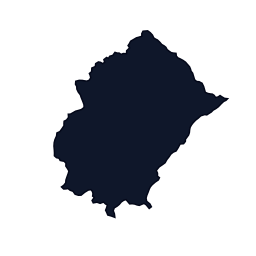 São Tomé das Letras, Minas Gerais, Brazil (Natural Earth projection), rotated 42°
{"feature_id": "56859067B94520469666233", "entity_name": "São Tomé das Letras", "entity_type": "district", "adm_level": 2, "iso_a3": "BRA", "parent_name": "Brazil", "parent_adm1": "Minas Gerais", "projection": "natural_earth1", "projection_center": [-44.96, -21.74], "detail": "fine", "context": "isolated", "style": "filled", "palette": "ink", "viewbox_px": 256, "rotation_deg": 42, "n_neighbors": 0, "source": "geoboundaries", "source_scale": "gbopen_adm2", "svg_char_len": 2696}
<svg xmlns="http://www.w3.org/2000/svg" viewBox="0 0 256 256"><g transform="rotate(42 128 128)"><path d="M178.0,203.2L175.2,200.8L172.4,199.4L171.2,196.6L172.2,193.4L172.6,190.6L172.5,187.4L173.2,184.5L174.5,182.5L177.4,182.9L180.0,183.3L181.7,181.5L183.9,180.0L186.2,179.1L188.2,177.9L189.4,175.2L190.4,173.3L193.0,172.9L194.9,173.2L197.6,173.6L198.1,170.9L195.1,169.8L190.9,170.0L188.3,168.0L187.0,165.4L185.8,162.1L184.6,159.1L184.0,156.9L183.9,154.0L184.4,149.9L185.3,146.3L184.6,143.9L182.2,144.1L180.1,141.8L177.4,140.6L177.2,135.9L178.1,132.4L178.8,129.0L178.0,125.5L177.8,122.2L177.3,118.8L177.8,115.6L179.1,112.9L178.4,108.9L177.4,105.0L179.8,102.5L179.6,99.6L178.2,97.9L178.0,95.6L177.7,92.7L176.7,90.4L175.0,88.1L173.7,85.9L173.1,83.1L172.9,80.6L173.0,76.9L173.6,73.7L173.9,70.3L176.0,66.7L177.8,65.5L178.4,63.1L179.2,60.4L179.3,57.7L180.2,55.1L180.9,51.8L181.0,47.9L181.3,44.2L182.3,41.9L182.4,39.6L179.9,41.4L176.9,42.0L174.7,42.3L174.2,44.6L172.7,46.7L170.2,46.1L168.0,46.4L166.4,47.6L164.2,48.9L161.6,49.8L158.9,48.1L156.5,46.6L153.1,45.2L149.9,46.0L147.9,47.5L145.2,47.6L142.1,45.7L139.3,44.0L136.9,43.6L135.0,42.4L132.9,41.4L130.9,41.1L129.0,40.9L126.7,40.6L123.5,41.0L120.3,41.8L118.2,42.5L115.8,42.2L113.7,40.4L111.7,41.9L109.7,43.1L107.2,43.4L104.6,43.6L102.2,42.7L99.8,42.8L97.2,43.4L94.3,43.0L90.9,42.9L88.9,43.5L86.8,43.8L84.0,42.6L80.8,42.3L77.6,42.6L74.4,46.0L75.1,48.6L76.9,50.6L75.2,53.4L73.9,55.4L73.0,58.3L71.9,61.7L72.6,64.4L72.9,66.7L75.6,67.4L75.3,71.5L77.2,73.7L74.6,75.9L73.6,78.0L71.4,78.2L69.8,79.6L67.7,80.5L68.1,84.2L66.4,86.9L66.9,89.4L64.9,89.9L64.3,93.3L66.7,94.8L66.1,97.1L63.6,97.6L61.8,98.7L60.9,101.8L62.6,104.2L61.0,107.6L63.3,110.5L62.8,113.3L64.7,114.2L66.7,115.6L67.2,118.5L66.1,120.7L63.9,122.2L62.1,123.3L59.8,125.3L57.9,128.2L59.7,130.6L62.1,131.4L64.0,133.3L67.1,134.6L70.4,135.2L72.6,136.5L75.1,137.7L77.7,139.0L79.7,140.1L81.6,142.1L81.0,145.5L79.3,148.3L77.8,150.6L76.8,153.7L75.9,156.3L74.4,157.7L76.7,159.9L77.0,163.2L76.0,165.7L77.3,167.4L78.9,169.1L79.4,172.4L79.8,176.3L78.5,179.2L80.3,181.8L81.5,185.5L82.9,188.2L85.1,191.0L87.9,193.6L90.1,195.8L91.9,197.9L94.7,197.9L97.0,196.6L99.3,197.5L101.1,196.5L102.8,195.4L105.5,195.7L107.3,197.9L110.1,198.6L112.9,199.5L114.2,202.2L115.4,205.2L116.7,208.2L118.4,210.4L118.6,213.6L118.0,216.3L121.0,216.4L122.6,214.8L124.0,213.1L126.6,213.0L129.5,211.8L133.0,212.6L136.1,211.2L138.1,209.3L138.8,204.8L140.0,200.7L141.7,198.6L144.1,199.0L146.0,200.3L147.3,202.3L149.4,202.1L149.8,205.9L152.3,206.9L154.6,203.9L157.7,202.6L159.4,199.4L162.0,199.5L164.2,199.0L165.5,201.7L166.4,204.1L168.5,204.9L171.2,206.2L174.6,204.5L178.0,203.2Z" fill="#0f172a" stroke="#020617" stroke-width="1.5"/></g></svg>